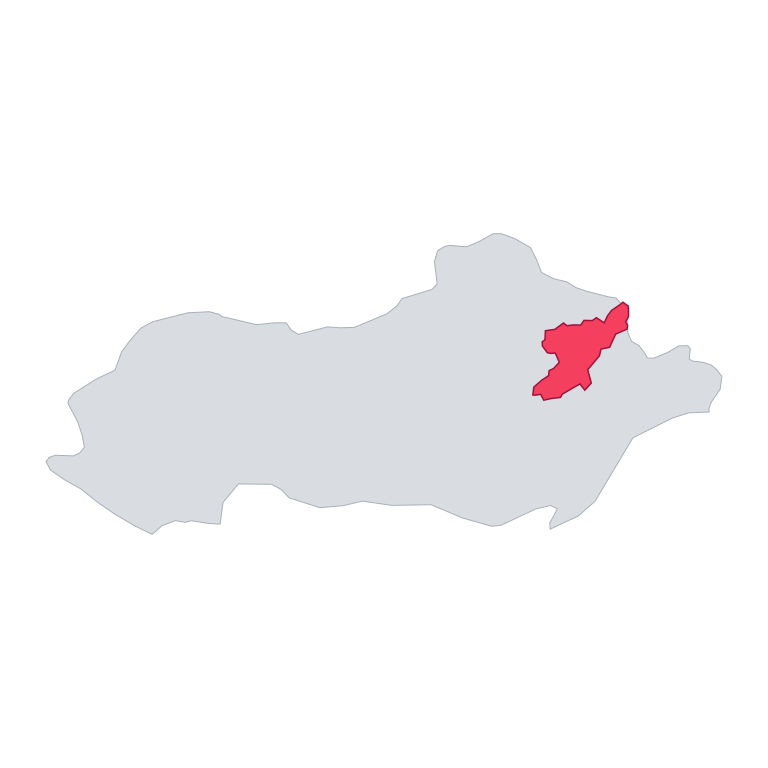 location of Përmet, Gjirokastër, Albania, rotated 270°
{"feature_id": "67620474B23103740146981", "entity_name": "Përmet", "entity_type": "district", "adm_level": 2, "iso_a3": "ALB", "parent_name": "Albania", "parent_adm1": "Gjirokastër", "projection": "equal_earth", "projection_center": [20.353, 40.273], "detail": "fine", "context": "in_parent", "style": "filled", "palette": "rose", "viewbox_px": 768, "rotation_deg": 270, "n_neighbors": 0, "source": "geoboundaries", "source_scale": "gbopen_adm2", "svg_char_len": 2137}
<svg xmlns="http://www.w3.org/2000/svg" viewBox="0 0 768 768"><g transform="rotate(270 384 384)"><path d="M243.9,220.1L244.5,209.0L247.3,191.3L245.7,185.4L247.4,175.3L242.2,161.9L233.7,152.2L242.0,135.0L254.2,114.3L265.5,97.9L279.1,80.8L288.2,64.5L298.0,50.4L306.4,46.1L310.5,49.1L312.7,55.2L312.1,73.4L315.0,79.7L320.7,84.4L332.9,82.1L346.5,77.6L364.7,67.9L367.8,68.5L374.6,73.6L388.6,95.6L397.9,115.0L416.3,121.7L426.6,129.3L439.8,140.8L446.2,152.4L455.2,187.9L456.3,209.3L453.7,219.1L451.5,221.7L443.3,256.6L445.2,274.5L445.2,286.2L438.2,290.9L433.6,298.3L441.1,327.5L440.2,340.0L440.6,354.3L454.2,386.9L462.2,397.1L469.4,401.9L478.6,432.0L484.1,437.2L506.4,434.4L517.3,437.7L521.7,444.9L522.6,449.8L521.2,466.7L526.8,479.7L534.3,493.1L534.3,501.3L529.4,514.7L520.5,530.4L508.6,536.4L495.5,541.5L489.3,553.6L486.2,566.6L480.3,576.2L476.7,586.7L471.2,608.2L469.9,616.1L461.1,624.0L447.3,627.2L435.0,627.9L426.7,631.5L422.5,638.9L414.6,644.9L409.9,647.5L409.9,654.0L415.6,667.8L422.1,678.9L422.3,687.8L419.1,690.3L409.0,689.2L406.9,692.5L405.8,702.5L403.1,711.0L398.9,716.2L391.7,721.9L378.6,720.1L366.2,711.5L359.7,708.9L356.0,709.1L355.1,688.2L349.8,672.0L330.2,632.9L266.7,595.0L251.8,578.0L245.3,563.7L238.8,550.2L245.1,549.8L251.3,553.2L259.2,557.3L262.5,550.6L259.1,535.8L242.9,501.4L241.7,491.9L249.8,463.2L263.3,430.9L262.6,391.9L266.9,362.5L262.4,343.4L260.3,320.0L270.2,289.0L278.5,281.3L283.7,271.5L284.1,238.4L265.5,223.0L243.9,220.1Z" fill="#d9dde1" stroke="#a8b0b8" stroke-width="1"/><path d="M372.8,535.5L373.7,540.6L367.8,543.8L369.4,550.8L370.6,560.5L373.9,562.4L384.1,579.9L377.8,584.8L385.0,591.3L398.3,587.7L412.1,599.4L418.9,601.0L420.7,609.6L433.9,615.6L438.8,626.9L442.5,627.7L446.0,625.6L451.4,628.5L461.9,628.3L465.8,622.9L463.3,619.9L457.5,611.5L452.2,607.5L445.2,604.2L450.3,596.4L447.4,592.3L447.6,584.0L442.9,580.7L443.1,574.0L442.3,567.0L445.0,563.5L438.6,554.8L437.3,545.4L428.3,545.0L426.1,542.2L422.0,542.4L415.2,547.4L414.6,551.0L414.9,555.3L405.7,559.3L399.5,553.6L397.4,549.1L392.4,548.6L387.8,541.7L380.9,533.8L373.0,532.8L372.8,535.5Z" fill="#f43f5e" stroke="#9f1239" stroke-width="1.5"/></g></svg>